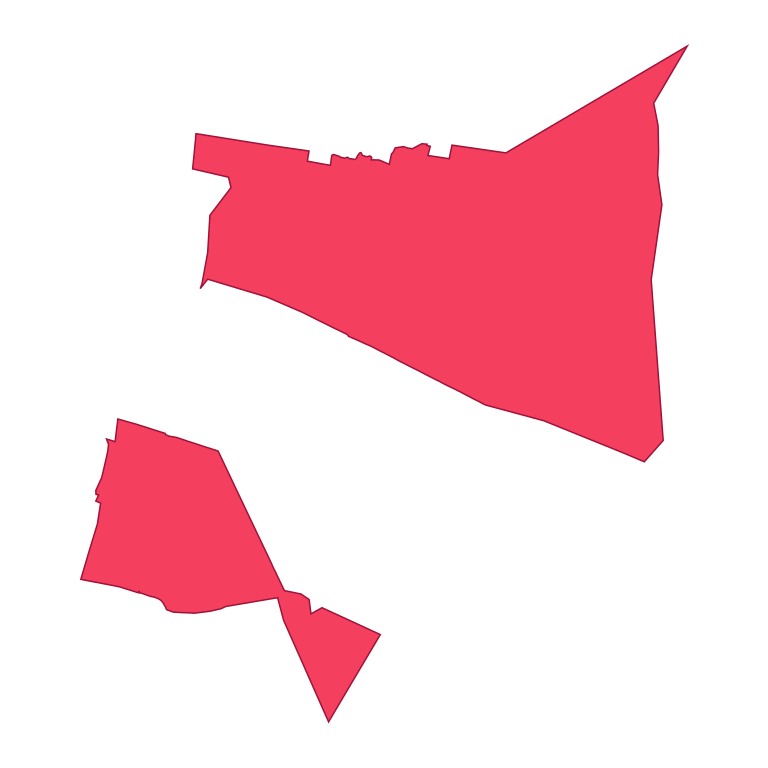 San Bartolo Coyotepec, Oaxaca, Mexico (Robinson projection)
{"feature_id": "50627088B215944701539", "entity_name": "San Bartolo Coyotepec", "entity_type": "district", "adm_level": 2, "iso_a3": "MEX", "parent_name": "Mexico", "parent_adm1": "Oaxaca", "projection": "robinson", "projection_center": [-96.712, 16.934], "detail": "fine", "context": "isolated", "style": "filled", "palette": "rose", "viewbox_px": 768, "rotation_deg": 0, "n_neighbors": 0, "source": "geoboundaries", "source_scale": "gbopen_adm2", "svg_char_len": 3327}
<svg xmlns="http://www.w3.org/2000/svg" viewBox="0 0 768 768"><path d="M644.3,461.8L663.2,440.5L661.2,413.7L651.2,279.7L661.9,204.9L657.6,174.5L658.6,151.8L658.1,125.8L653.7,103.2L687.2,46.1L607.9,92.8L505.9,152.9L452.0,145.1L449.2,158.7L427.9,155.5L430.3,146.3L426.8,145.5L427.1,144.2L421.9,143.7L412.4,148.7L407.7,148.0L403.4,146.6L395.2,147.9L392.9,152.6L391.5,153.9L389.3,164.3L379.2,160.0L371.2,159.8L371.7,157.3L370.2,156.1L369.5,155.9L368.4,156.4L367.5,156.6L365.8,156.5L363.8,155.8L363.6,155.8L363.2,155.6L362.6,155.4L362.0,154.7L361.6,153.8L361.3,153.0L360.5,152.6L359.9,152.8L358.6,154.2L357.5,155.9L356.9,157.1L356.7,157.8L356.0,158.6L355.6,159.0L355.4,159.1L354.1,159.5L352.5,158.9L349.6,158.7L347.6,157.3L346.4,157.5L345.1,158.2L343.7,157.9L342.4,157.7L340.9,157.3L340.4,157.2L339.8,156.5L339.6,156.4L338.4,156.1L336.5,155.4L335.3,155.0L335.0,154.9L333.3,154.5L333.2,154.5L332.5,155.0L331.9,155.3L331.3,158.4L331.3,158.7L331.1,160.3L331.0,161.3L330.3,165.3L322.2,163.9L315.3,162.6L311.7,161.9L307.4,161.2L308.0,157.0L308.7,153.0L309.0,151.3L309.0,151.0L308.8,151.0L297.9,149.4L278.3,146.6L267.2,145.0L224.5,138.2L201.5,134.5L196.0,133.7L195.6,137.8L195.6,138.7L195.6,139.3L195.5,140.0L195.3,141.4L194.0,155.2L192.6,168.9L228.5,177.2L231.0,187.6L209.9,215.3L207.7,252.4L202.0,283.7L200.2,288.6L207.7,279.2L266.7,297.0L302.1,312.2L314.9,318.6L333.4,327.8L347.1,334.4L348.6,336.4L358.2,340.5L361.0,341.8L363.8,343.1L366.5,344.3L369.4,345.5L372.1,346.8L374.8,348.2L376.9,349.3L379.6,350.7L381.7,351.8L384.0,352.9L388.5,355.2L391.2,356.7L393.9,358.0L395.4,358.9L398.8,360.8L401.1,362.0L403.8,363.3L406.5,364.7L408.4,365.7L411.4,367.2L413.9,368.5L416.9,369.9L421.1,372.1L426.8,375.1L430.4,376.9L432.2,377.8L434.7,379.1L436.9,380.2L440.2,381.8L443.0,383.4L444.2,384.0L446.0,384.9L448.4,386.1L451.1,387.4L454.1,388.8L455.8,389.6L457.9,390.8L459.6,391.5L462.3,393.0L465.0,394.4L467.3,395.6L469.1,396.5L472.4,398.3L475.5,399.9L478.6,401.4L483.2,403.9L485.8,405.1L543.7,420.7L621.3,452.1L644.3,461.8ZM119.6,586.9L138.1,592.7L139.1,591.4L139.3,591.5L138.8,592.7L139.9,593.0L141.6,593.2L144.5,594.3L147.1,595.2L149.6,596.1L151.8,596.7L153.0,596.8L154.6,597.3L156.4,597.9L158.4,598.8L160.0,599.7L161.3,600.7L162.7,602.4L163.6,603.8L164.5,605.4L165.3,606.8L166.2,608.8L166.7,609.7L167.5,610.1L169.3,610.6L171.5,611.5L173.1,612.0L174.5,612.3L176.4,612.3L179.7,612.5L183.2,612.7L184.9,612.7L191.5,613.0L194.1,613.2L205.7,611.8L210.8,611.1L211.0,611.1L212.0,610.8L221.4,608.6L225.7,606.5L277.6,597.7L283.6,620.3L328.6,721.9L346.8,691.1L380.3,634.6L322.0,607.7L311.0,613.9L309.1,599.5L301.0,594.0L284.4,590.6L280.3,582.1L278.1,577.5L276.8,574.8L275.8,572.5L274.7,570.5L273.4,567.8L272.4,565.6L271.4,563.3L267.1,554.2L256.5,532.0L256.1,531.1L249.2,516.6L229.6,475.3L218.1,451.0L217.7,450.9L200.8,445.5L200.7,445.4L186.8,440.9L186.6,440.8L176.4,437.4L168.9,436.1L165.4,434.5L165.2,433.4L159.8,431.7L136.3,424.2L117.8,419.0L117.4,422.8L117.1,425.2L116.7,428.1L116.5,429.8L116.3,431.8L115.9,434.9L115.4,439.1L115.2,440.8L115.1,441.6L106.5,439.0L108.0,443.0L108.5,444.3L108.3,446.3L107.8,450.8L106.4,457.6L105.6,460.9L102.9,472.6L101.6,477.8L98.8,483.9L95.8,490.5L96.0,494.4L98.6,495.0L95.8,501.1L100.6,503.1L97.4,524.0L88.5,553.2L80.8,579.4L113.4,585.6L114.7,585.9L119.6,586.9Z" fill="#f43f5e" stroke="#9f1239" stroke-width="1.5"/></svg>